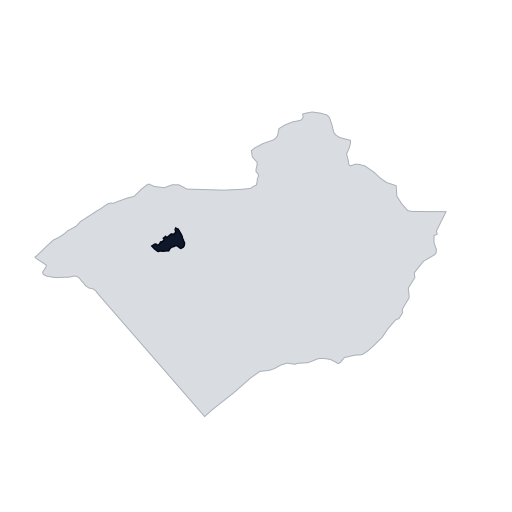 Uganda, with Kyegegwa highlighted, rotated 49°
{"feature_id": "UGA-5611", "entity_name": "Kyegegwa", "entity_type": "District", "adm_level": 1, "iso_a3": "UGA", "parent_name": "Uganda", "parent_adm1": "", "projection": "robinson", "projection_center": [31.032, 0.442], "detail": "fine", "context": "in_parent", "style": "filled", "palette": "ink", "viewbox_px": 512, "rotation_deg": 49, "n_neighbors": 0, "source": "natural_earth", "source_scale": "10m", "svg_char_len": 3002}
<svg xmlns="http://www.w3.org/2000/svg" viewBox="0 0 512 512"><g transform="rotate(49 256 256)"><path d="M343.5,400.1L337.6,400.1L328.1,400.1L318.6,400.1L309.1,400.1L299.5,400.1L290.0,400.1L280.5,400.1L271.0,400.1L261.5,400.1L252.0,400.1L242.4,400.1L232.9,400.1L223.4,400.1L213.9,400.1L204.4,400.1L194.9,400.1L185.3,400.1L179.7,400.1L178.6,399.9L177.8,399.7L174.2,400.4L170.5,403.1L166.5,404.2L162.3,403.8L161.8,404.1L159.6,404.0L156.6,403.8L153.8,404.5L151.6,406.8L149.5,410.8L145.6,415.4L142.5,419.5L139.9,422.3L134.0,427.1L130.8,428.5L129.1,428.3L128.2,427.4L126.3,421.3L125.1,420.3L113.6,423.5L111.8,423.5L112.0,421.6L111.2,407.4L111.0,398.6L112.5,393.1L113.4,386.8L113.5,381.3L115.6,371.8L114.8,366.1L117.6,346.3L118.3,343.0L119.4,333.4L121.1,330.4L122.6,329.3L124.6,323.4L128.3,314.0L131.0,309.1L130.4,298.5L130.8,291.3L131.4,289.7L137.0,287.0L144.3,280.4L147.3,272.5L151.7,267.5L160.1,264.3L185.0,237.3L196.5,222.8L201.6,215.4L201.7,212.8L202.7,209.2L200.7,206.5L198.3,204.0L197.5,201.7L195.4,200.6L192.4,200.7L190.5,199.0L188.2,195.7L186.0,193.7L178.9,193.8L173.5,190.5L173.6,186.0L175.7,177.0L179.8,166.8L180.0,163.9L179.5,161.5L178.5,159.5L176.6,157.4L174.9,155.0L176.2,147.6L178.8,140.4L180.9,136.8L183.0,132.7L182.4,129.4L179.4,127.7L181.0,124.5L184.2,119.1L190.6,113.5L196.2,109.9L199.9,109.8L207.1,112.8L213.7,116.2L217.3,116.4L221.7,115.0L230.7,108.8L232.9,110.8L235.5,114.5L238.4,120.7L244.1,123.5L246.8,125.4L248.8,126.0L249.9,125.5L252.0,120.6L254.7,118.0L259.5,114.7L270.1,112.0L277.7,111.2L281.0,110.6L286.4,109.1L294.9,104.1L303.3,110.5L312.4,111.8L321.2,111.7L323.9,109.8L325.4,108.3L334.7,97.8L347.2,83.5L355.6,103.6L358.4,104.8L358.0,106.5L357.3,108.2L362.8,113.0L369.5,115.6L371.9,118.1L372.2,120.7L369.9,132.5L370.3,135.8L372.5,147.6L376.5,150.2L380.1,162.1L387.3,167.1L388.3,168.5L390.0,174.3L392.2,180.5L393.9,182.0L394.9,182.4L397.0,189.0L395.8,192.8L397.5,204.2L400.2,214.3L400.9,226.5L401.0,231.8L400.9,235.1L400.3,239.7L399.0,242.4L396.7,245.0L394.2,249.1L392.0,253.5L390.6,255.6L391.7,262.2L391.4,263.9L390.8,264.8L387.5,265.8L383.4,267.5L380.9,269.3L377.3,272.6L374.4,276.2L370.6,286.8L364.3,295.0L363.2,297.8L357.3,302.7L354.6,308.7L353.0,316.2L350.7,321.5L345.6,328.8L344.5,340.4L344.6,363.5L343.3,389.8L343.5,400.1Z" fill="#d9dde1" stroke="#a8b0b8" stroke-width="1"/><path d="M188.5,326.8L188.1,327.1L184.3,327.9L180.1,328.1L180.6,324.7L181.2,323.7L183.2,323.3L183.7,322.2L183.5,320.4L182.8,318.8L183.6,317.6L183.7,315.2L183.1,314.4L181.8,314.3L181.9,311.3L183.7,311.2L183.7,305.7L184.3,304.9L185.5,304.7L185.5,301.0L184.6,300.5L182.8,299.5L182.2,298.2L183.3,297.9L184.7,297.1L187.6,297.7L190.0,298.1L192.6,298.8L195.0,300.1L196.4,300.3L197.6,301.1L198.6,301.0L199.5,301.6L200.9,303.1L201.6,305.0L201.4,306.0L201.1,306.9L201.1,307.6L200.3,308.1L196.6,308.8L195.4,310.0L194.9,312.0L193.9,314.0L194.0,316.4L194.5,317.4L194.8,318.5L194.2,319.2L193.5,320.0L192.3,321.8L191.0,323.5L189.4,324.9L188.5,326.8Z" fill="#0f172a" stroke="#020617" stroke-width="1.5"/></g></svg>